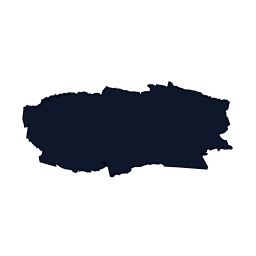 outline of UDA, Arges, Romania, rotated 99°
{"feature_id": "2599482B33003940641669", "entity_name": "UDA", "entity_type": "district", "adm_level": 2, "iso_a3": "ROU", "parent_name": "Romania", "parent_adm1": "Arges", "projection": "orthographic", "projection_center": [24.571, 44.88], "detail": "fine", "context": "isolated", "style": "filled", "palette": "ink", "viewbox_px": 256, "rotation_deg": 99, "n_neighbors": 0, "source": "geoboundaries", "source_scale": "gbopen_adm2", "svg_char_len": 5891}
<svg xmlns="http://www.w3.org/2000/svg" viewBox="0 0 256 256"><g transform="rotate(99 128 128)"><path d="M111.1,212.7L112.0,213.3L111.5,213.5L111.0,213.1L110.9,213.5L111.9,214.1L112.0,214.6L112.6,214.2L113.2,216.1L113.9,216.8L114.4,216.5L114.1,217.3L114.7,217.2L115.2,216.0L115.5,216.5L115.9,216.5L115.9,217.0L116.3,217.0L116.2,217.3L116.4,217.6L117.1,217.5L118.0,217.9L118.8,217.6L118.9,217.8L118.6,218.3L119.0,219.2L118.9,219.5L119.9,219.8L120.6,221.2L121.4,221.1L121.2,221.7L121.6,222.2L121.2,222.8L121.5,224.6L121.3,225.3L122.4,226.1L121.9,227.8L122.1,228.9L122.4,228.9L122.6,229.5L122.1,229.7L122.0,230.4L121.7,230.8L122.0,231.4L123.8,231.6L123.5,232.5L124.3,233.0L123.8,233.4L123.9,233.7L124.7,233.8L125.4,233.5L135.1,233.1L138.7,231.8L139.2,231.2L143.0,230.1L141.8,226.8L141.1,226.6L141.0,226.4L153.4,226.3L153.4,225.3L153.6,224.5L154.2,223.8L156.0,223.3L156.3,222.9L155.4,222.1L158.1,219.3L159.0,217.8L159.3,217.7L159.2,217.3L159.9,216.5L160.0,215.9L160.9,214.9L161.5,214.8L161.5,214.6L160.5,213.4L162.9,211.2L164.0,208.2L166.8,208.2L168.2,208.6L169.4,209.5L170.3,210.9L171.3,210.5L172.9,210.3L174.9,209.2L176.8,193.7L174.2,195.2L174.4,193.8L174.8,193.1L175.1,191.1L176.2,189.3L177.4,186.0L177.4,184.8L177.9,183.4L177.6,182.2L177.9,176.6L178.5,175.7L179.4,175.3L179.2,174.5L179.8,173.4L179.8,172.5L178.9,171.6L177.0,171.1L176.6,169.2L177.4,168.8L177.8,169.0L176.8,165.8L177.5,161.5L177.1,161.6L177.0,161.0L177.2,160.7L177.0,160.4L177.4,158.8L176.7,158.2L175.7,158.3L175.0,157.6L174.8,156.8L175.1,156.4L174.9,156.2L175.1,155.1L175.3,154.9L175.1,153.9L175.3,153.6L174.4,152.9L174.8,152.1L174.4,151.9L174.2,151.4L174.1,150.9L174.4,150.3L173.4,150.2L171.7,147.7L171.6,146.9L171.1,146.6L169.6,144.6L168.8,144.6L167.2,145.4L166.6,146.1L166.1,147.3L165.7,145.7L166.3,144.7L168.9,143.0L168.9,141.4L178.2,137.7L178.4,137.5L178.2,136.8L178.4,136.1L178.1,135.7L177.2,136.2L177.8,135.0L177.4,134.9L176.6,135.2L176.8,134.6L176.3,134.7L176.3,134.3L175.5,133.2L175.0,133.5L174.8,133.2L175.4,132.6L175.2,132.4L175.4,131.9L174.7,130.9L174.0,130.6L175.3,130.0L175.3,129.5L175.0,129.3L174.4,129.6L173.4,128.2L174.0,127.9L173.3,127.0L173.1,126.2L173.1,125.4L172.6,124.4L172.6,123.2L172.0,122.3L172.4,121.7L171.5,121.2L171.1,120.2L169.1,118.7L167.5,119.1L166.7,118.9L166.0,117.0L164.9,116.3L164.7,114.3L164.2,112.9L164.5,112.4L163.8,111.6L164.0,110.2L163.4,108.7L162.5,107.9L162.3,107.1L161.2,105.1L161.2,104.5L160.3,103.6L159.9,102.3L160.2,102.1L160.4,100.7L159.7,100.4L159.8,99.1L158.8,97.9L158.9,96.7L158.3,96.3L158.2,96.0L158.9,95.5L158.6,95.0L158.7,94.1L158.2,93.8L158.8,93.3L158.8,93.0L158.2,92.7L158.3,91.2L157.3,90.2L157.4,89.7L157.1,89.0L157.8,88.8L158.2,88.0L158.5,86.7L159.7,86.0L158.3,72.4L156.0,43.8L154.1,43.5L145.4,50.3L142.2,51.3L140.9,51.5L140.5,51.2L143.0,50.0L142.5,49.2L142.4,47.6L142.0,46.4L141.2,46.1L141.4,48.1L141.1,48.7L141.1,49.3L140.9,49.3L139.0,47.0L137.1,47.5L135.9,45.4L135.9,44.0L136.6,43.0L136.1,42.6L133.9,38.0L133.6,36.5L134.4,35.8L135.4,35.7L135.9,34.8L134.4,34.6L133.2,32.2L133.2,30.6L133.6,29.7L132.4,24.5L132.5,22.9L131.4,22.2L130.2,23.4L129.8,26.6L125.4,28.9L125.5,30.6L125.0,32.7L122.9,35.7L120.5,37.6L119.4,36.8L117.4,32.6L116.3,31.7L113.7,29.8L110.6,31.1L110.0,29.8L108.5,28.4L102.6,31.5L101.9,32.4L101.8,33.0L98.7,34.0L97.9,33.9L96.4,35.0L94.9,34.6L94.0,33.0L91.7,32.4L89.4,32.6L86.8,32.1L86.5,33.4L85.7,34.0L85.4,34.6L85.4,35.9L85.7,36.2L85.4,36.7L85.4,37.4L86.7,40.8L86.4,41.8L86.7,42.0L85.5,42.0L86.0,43.3L85.8,44.3L86.2,44.7L85.6,45.4L86.1,45.5L85.5,45.9L85.7,46.4L85.3,47.4L85.6,48.8L86.0,48.9L86.1,49.2L85.5,50.8L85.8,51.5L84.6,51.8L85.6,52.6L85.5,53.0L85.0,52.8L85.1,53.8L84.3,54.5L84.1,56.4L84.5,56.4L84.6,56.8L84.2,57.2L84.6,58.0L83.8,58.9L83.8,59.9L82.1,61.6L82.0,64.5L81.3,68.0L81.5,68.7L81.2,74.3L81.7,76.7L81.2,80.0L80.9,80.5L80.5,84.6L79.6,86.1L79.7,87.6L80.1,88.3L80.1,88.7L78.9,91.1L77.3,91.6L76.2,94.5L79.9,94.8L81.6,95.3L81.9,95.9L82.0,97.3L81.3,97.7L81.0,100.2L81.3,101.0L81.0,102.3L81.1,106.3L82.0,106.1L83.0,106.6L82.5,107.7L82.2,110.0L81.6,110.7L82.2,111.8L81.9,112.6L82.6,114.7L83.2,114.8L84.7,112.1L85.2,111.7L88.9,111.7L89.4,115.5L90.0,117.6L90.6,118.2L90.9,119.7L93.3,120.5L93.4,122.2L91.6,122.4L91.5,123.0L91.6,127.5L92.3,130.8L92.0,134.5L91.4,135.3L91.8,136.5L92.0,138.0L91.1,142.4L91.5,145.3L90.9,146.5L91.7,148.4L91.7,149.1L91.4,153.1L91.0,155.1L90.8,155.5L94.4,157.7L95.3,157.8L95.2,158.2L99.1,158.8L100.8,159.9L99.3,161.1L98.8,162.5L98.8,163.7L99.2,165.7L100.9,168.6L100.5,170.9L100.9,171.2L100.6,171.5L100.9,172.1L101.7,172.6L101.2,173.3L99.9,174.1L99.7,175.5L99.9,176.2L99.5,176.7L99.8,177.3L99.8,177.9L100.3,178.4L100.3,178.9L100.9,179.0L100.7,179.7L100.9,180.7L100.6,181.4L100.7,182.3L102.0,182.7L102.8,183.4L102.6,185.8L103.2,186.2L102.6,186.4L102.0,187.1L102.4,187.5L102.8,187.2L102.9,188.3L103.3,188.4L102.5,188.6L102.5,188.9L102.6,189.3L103.0,189.3L103.5,189.9L103.6,190.6L102.7,190.7L102.4,191.1L103.0,191.5L103.1,192.1L103.6,191.8L103.2,192.9L104.1,193.4L103.9,193.7L104.0,194.1L104.9,194.2L104.4,194.5L104.0,195.2L104.1,195.5L104.0,195.9L104.3,196.2L104.9,196.0L105.1,196.6L104.4,197.0L104.8,197.5L105.0,198.2L106.3,198.8L106.0,199.4L106.1,199.6L105.8,199.7L106.0,200.0L105.4,200.3L106.1,200.9L106.4,200.5L106.7,200.7L106.2,201.2L106.3,201.5L106.8,201.4L106.9,201.8L107.3,201.4L107.5,201.8L108.2,201.9L108.1,202.2L107.8,202.2L107.7,202.6L107.3,202.7L107.9,203.3L107.4,203.7L108.0,203.9L107.5,204.1L107.7,204.7L107.2,204.9L107.9,205.1L107.5,205.5L107.9,205.9L108.8,205.6L108.9,206.3L108.6,206.5L108.8,206.9L108.3,206.8L108.2,207.6L108.8,207.7L108.6,208.0L108.8,208.2L109.3,207.7L109.4,208.3L109.0,208.9L109.5,209.0L109.0,209.4L109.7,210.0L110.1,209.6L110.3,209.9L110.0,210.2L110.2,210.5L110.8,209.6L111.1,209.8L111.0,210.7L111.4,210.6L111.5,211.3L112.0,210.7L112.4,210.8L112.1,211.1L112.5,211.4L112.0,211.5L112.2,211.8L111.9,212.1L111.2,211.8L111.1,212.7Z" fill="#0f172a" stroke="#020617" stroke-width="1.5"/></g></svg>